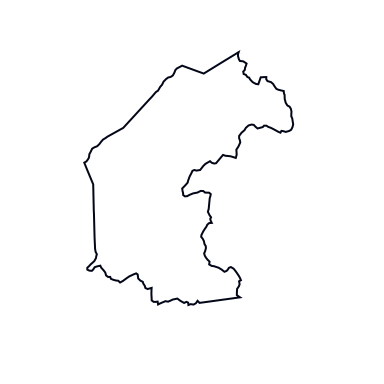 outline of Várzea Alegre, Ceará, Brazil, rotated 151°
{"feature_id": "56859067B27179773090009", "entity_name": "Várzea Alegre", "entity_type": "district", "adm_level": 2, "iso_a3": "BRA", "parent_name": "Brazil", "parent_adm1": "Ceará", "projection": "orthographic", "projection_center": [-39.32, -6.742], "detail": "fine", "context": "isolated", "style": "outline", "palette": "ink", "viewbox_px": 384, "rotation_deg": 151, "n_neighbors": 0, "source": "geoboundaries", "source_scale": "gbopen_adm2", "svg_char_len": 3420}
<svg xmlns="http://www.w3.org/2000/svg" viewBox="0 0 384 384"><g transform="rotate(151 192 192)"><path d="M175.2,296.9L181.0,294.7L185.4,293.3L221.1,281.4L225.5,281.4L239.2,281.4L241.4,281.1L244.4,281.0L247.1,280.0L249.8,278.8L252.8,278.0L255.7,278.4L258.3,278.3L261.1,276.3L263.5,274.8L264.6,273.1L265.9,271.7L267.6,270.8L269.6,269.9L272.0,269.9L272.8,263.4L274.7,246.6L287.1,223.0L288.3,220.5L299.4,199.2L304.4,189.1L305.3,186.4L305.4,183.7L306.9,182.2L308.1,180.7L311.0,178.9L314.0,178.2L315.9,177.8L317.8,177.1L320.3,176.5L321.2,174.9L319.9,173.0L317.8,171.6L316.0,172.1L313.6,173.4L311.2,173.0L307.9,172.0L308.1,169.8L307.3,166.4L306.9,163.6L307.6,160.7L306.6,158.4L304.7,157.4L305.0,155.4L303.7,153.7L301.6,151.6L299.5,150.1L298.8,147.7L295.4,147.7L290.9,148.3L287.8,148.6L283.3,148.3L280.3,147.9L279.5,146.2L281.0,142.4L280.1,139.5L278.6,137.3L279.0,135.5L278.8,133.0L279.3,130.6L277.8,128.6L273.8,127.7L274.9,126.0L276.9,122.6L278.6,119.1L279.8,116.7L278.8,114.5L277.0,113.5L275.2,112.8L276.2,110.1L274.0,110.0L271.9,109.8L268.2,109.4L266.1,107.7L263.5,107.4L261.1,107.3L256.5,105.9L254.9,102.4L252.7,98.8L250.1,98.6L249.0,97.1L249.9,94.9L247.6,94.6L245.2,92.8L242.6,92.8L239.9,94.1L239.2,91.4L236.7,90.4L201.1,76.6L202.8,80.0L201.2,82.8L199.5,85.4L196.7,86.8L195.1,88.2L194.1,91.1L192.0,91.1L191.7,93.4L191.7,96.0L192.1,100.4L192.5,103.3L192.9,105.0L194.4,107.5L196.5,107.8L198.2,106.8L200.0,106.2L202.3,106.5L203.7,109.8L205.4,112.8L208.7,116.4L210.6,117.8L212.1,120.3L210.4,122.6L211.3,125.6L211.6,127.7L211.7,130.0L211.1,132.5L209.4,133.7L207.0,136.2L206.2,138.1L206.3,140.4L205.4,143.3L205.3,145.8L205.7,148.4L204.5,149.9L203.0,150.9L201.3,152.1L198.7,153.5L196.2,154.7L194.5,156.0L192.1,156.5L189.7,155.4L189.6,157.8L189.1,159.6L187.6,160.6L187.9,163.2L187.7,167.0L185.6,169.1L181.0,175.8L179.5,178.0L177.8,179.6L176.6,181.1L177.4,183.1L180.9,185.2L181.6,187.3L183.8,188.7L187.7,188.9L190.0,189.7L192.0,190.3L195.8,190.7L198.2,190.7L200.3,191.6L201.2,193.6L200.3,195.4L199.8,197.4L198.9,199.8L196.6,200.5L194.0,201.3L191.3,202.3L189.8,203.9L186.3,206.9L184.2,208.2L181.3,210.3L179.3,210.1L177.6,208.5L174.2,207.3L169.5,209.3L166.6,210.1L161.3,210.2L160.6,208.1L158.9,206.2L157.0,205.5L146.9,209.4L145.0,207.3L142.8,205.9L140.6,204.2L137.2,200.6L134.9,202.9L133.8,205.1L132.7,207.5L129.3,209.3L125.8,211.9L125.0,214.1L124.8,216.0L123.6,218.2L120.0,219.8L116.2,220.6L113.8,222.0L110.2,222.8L107.2,222.1L105.4,220.7L104.9,218.5L103.9,215.8L100.4,214.9L98.6,214.5L96.8,215.1L94.8,214.0L93.7,211.9L92.0,210.0L90.3,207.5L88.7,205.0L87.4,202.9L85.9,201.0L84.1,202.1L82.6,200.9L80.9,199.1L77.5,198.3L75.2,198.3L72.8,199.9L70.7,202.1L69.6,205.2L68.6,207.9L68.5,210.0L67.1,212.4L66.0,214.1L65.2,216.8L65.3,219.4L66.6,221.3L66.8,224.5L65.8,228.4L64.9,230.2L64.0,231.9L63.7,233.9L62.8,235.8L64.8,237.6L67.0,239.7L68.2,241.3L68.5,243.8L68.7,247.3L69.7,249.9L72.2,252.4L72.4,254.6L71.3,256.5L73.0,257.4L76.3,259.0L78.4,257.1L81.8,254.1L83.7,255.5L85.7,258.7L86.6,262.2L86.6,264.3L87.8,265.7L88.1,268.4L89.6,270.1L88.8,272.5L86.6,273.2L85.3,275.0L83.5,276.4L82.0,277.9L83.8,281.4L86.6,283.4L86.6,285.5L85.9,288.4L85.0,290.2L83.4,291.7L97.6,291.1L102.4,290.9L124.3,289.9L130.5,297.0L139.4,307.3L142.3,307.3L145.1,307.4L147.3,306.8L149.7,304.8L152.3,303.2L155.0,303.0L157.3,303.7L160.1,303.3L163.4,302.3L164.9,301.2L166.5,300.2L169.0,299.3L172.6,297.1L175.2,296.9Z" fill="none" stroke="#020617" stroke-width="2"/></g></svg>